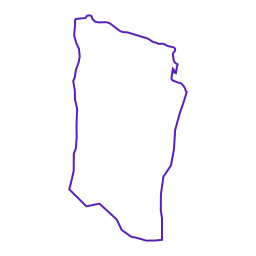 map outline of Al Qubbah (Robinson projection)
{"feature_id": "LBY-2986", "entity_name": "Al Qubbah", "entity_type": "Municipality", "adm_level": 1, "iso_a3": "LBY", "parent_name": "Libya", "parent_adm1": "", "projection": "robinson", "projection_center": [22.615, 31.87], "detail": "fine", "context": "isolated", "style": "outline", "palette": "violet", "viewbox_px": 256, "rotation_deg": 0, "n_neighbors": 0, "source": "natural_earth", "source_scale": "10m", "svg_char_len": 1206}
<svg xmlns="http://www.w3.org/2000/svg" viewBox="0 0 256 256"><path d="M75.7,19.0L85.3,18.0L85.8,17.6L86.7,16.1L87.1,15.8L89.0,15.4L90.0,15.4L91.0,15.8L91.7,16.4L91.9,16.9L91.9,17.6L92.2,18.7L95.0,21.6L98.5,22.4L106.6,22.2L110.1,23.5L118.7,30.1L120.4,31.1L121.9,31.8L123.5,32.1L127.6,32.4L148.1,38.7L152.9,41.9L154.4,42.3L155.4,42.5L158.3,43.7L159.5,43.9L162.5,43.7L164.5,44.3L168.2,46.2L172.1,46.9L173.9,47.5L175.0,48.6L175.2,50.1L174.7,51.2L173.2,53.1L172.9,54.1L173.7,60.4L174.5,62.1L175.9,63.4L177.7,64.4L177.0,66.5L175.9,73.1L174.1,72.4L174.4,71.4L174.2,70.5L173.7,69.7L172.9,68.8L171.5,77.4L171.7,79.5L173.0,80.6L178.4,82.7L180.3,83.1L181.7,83.9L183.5,85.9L184.9,88.2L186.0,91.3L186.7,91.8L186.6,92.4L183.8,101.6L179.5,114.0L175.1,130.3L174.0,149.0L171.0,165.4L163.4,176.7L160.9,194.5L160.8,210.4L162.0,218.2L162.0,239.8L155.0,240.5L146.2,240.6L137.3,238.0L131.2,236.7L121.7,230.0L116.8,219.6L106.2,209.8L99.4,203.7L86.4,206.3L69.3,189.4L72.0,178.4L73.7,170.7L73.8,153.8L75.9,148.1L76.7,136.5L76.5,125.9L77.1,109.0L75.0,99.4L74.8,90.2L73.2,81.0L74.7,77.7L75.9,70.0L78.6,62.4L79.7,56.7L79.0,49.0L76.3,43.1L74.1,35.4L74.9,26.7L75.1,20.2L75.7,19.0Z" fill="none" stroke="#5b21b6" stroke-width="2"/></svg>